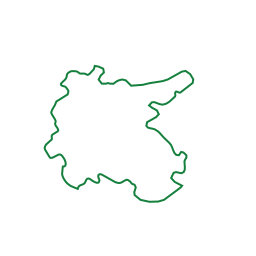 outline of Vukovarsko-Srijemska, rotated 325°
{"feature_id": "HRV-1605", "entity_name": "Vukovarsko-Srijemska", "entity_type": "County", "adm_level": 1, "iso_a3": "HRV", "parent_name": "Croatia", "parent_adm1": "", "projection": "orthographic", "projection_center": [18.849, 45.171], "detail": "fine", "context": "isolated", "style": "outline", "palette": "green", "viewbox_px": 256, "rotation_deg": 325, "n_neighbors": 0, "source": "natural_earth", "source_scale": "10m", "svg_char_len": 2649}
<svg xmlns="http://www.w3.org/2000/svg" viewBox="0 0 256 256"><g transform="rotate(325 128 128)"><path d="M72.6,155.8L71.1,155.1L69.9,153.4L68.8,151.3L67.6,148.0L66.8,146.8L65.5,146.2L64.3,146.4L61.7,147.9L60.5,148.4L59.0,148.3L56.1,147.6L54.7,147.5L52.0,148.6L52.0,149.1L51.9,149.1L47.8,142.6L46.5,138.7L46.2,136.1L46.2,134.0L46.4,131.9L46.7,130.3L47.2,128.8L48.0,127.4L52.5,122.2L53.8,122.9L54.5,123.0L55.5,122.6L56.4,121.7L57.3,119.9L57.7,118.5L58.0,116.9L58.1,113.7L57.9,112.2L57.4,111.1L56.6,110.3L55.5,109.9L49.4,109.1L48.5,108.7L47.6,108.2L47.2,107.8L47.1,107.4L47.1,106.4L47.6,99.0L47.7,98.0L48.1,96.8L49.3,95.6L51.3,94.6L59.0,93.6L59.9,92.5L60.4,91.5L61.1,90.6L62.1,90.1L68.5,90.4L69.3,90.1L69.8,89.4L70.1,87.8L70.2,86.5L70.1,85.3L70.2,84.3L70.4,83.4L70.7,82.8L71.1,82.3L72.4,81.3L72.8,80.5L73.1,79.3L73.5,73.2L73.7,72.3L73.9,71.4L75.1,70.4L76.9,69.3L81.1,67.4L84.6,65.2L97.7,65.9L99.3,64.7L100.4,63.5L100.6,62.0L100.6,60.5L100.4,58.6L100.2,58.0L99.8,57.5L98.4,55.8L98.0,55.1L97.9,54.5L98.0,53.9L98.4,53.4L99.4,53.0L104.5,52.2L106.1,51.5L107.2,50.8L108.2,49.6L108.9,49.1L109.9,48.7L111.0,48.5L113.2,48.7L114.8,49.3L117.2,51.1L118.3,52.2L118.9,53.0L119.1,53.6L119.4,54.8L119.7,55.4L120.1,56.0L120.7,56.5L122.7,57.8L123.3,58.3L124.2,59.3L124.5,59.9L124.8,60.4L125.0,61.0L125.9,61.5L127.5,61.6L133.7,60.3L136.4,58.1L139.0,60.7L141.7,65.2L140.1,68.7L135.6,69.4L131.7,71.6L132.0,76.7L135.3,79.0L137.4,79.7L138.6,81.3L141.5,83.4L145.6,83.3L148.2,83.8L151.0,84.9L153.4,87.5L153.9,89.8L154.9,95.2L164.7,101.0L171.7,103.8L183.1,109.4L188.5,111.1L204.4,112.7L207.9,114.3L209.8,119.5L209.4,125.5L207.4,127.6L206.8,128.2L191.2,129.0L190.3,128.4L188.8,126.1L188.0,125.7L186.7,126.3L186.0,127.4L185.5,128.5L184.6,129.2L177.0,130.2L173.2,130.0L169.7,128.7L167.7,126.7L164.3,121.8L162.2,120.7L158.2,121.6L159.4,125.4L161.8,130.2L161.1,134.4L157.2,135.2L147.0,134.2L144.3,136.7L144.5,139.0L146.0,140.9L147.8,142.7L149.1,144.4L150.5,147.6L151.1,150.1L151.8,156.2L153.3,163.8L153.5,166.5L153.1,168.9L152.3,172.0L151.7,175.1L152.1,177.7L154.1,179.5L157.8,178.1L159.4,179.9L160.2,183.8L158.9,185.7L156.8,186.6L155.1,187.7L152.2,192.5L150.6,194.7L148.4,196.0L145.8,195.7L142.1,191.7L139.6,190.9L134.7,193.7L135.3,198.9L139.2,206.3L137.2,206.9L131.8,207.1L116.3,207.5L110.6,205.6L107.6,203.6L103.2,200.7L97.0,194.0L95.0,186.7L96.3,184.2L100.3,181.1L100.8,178.6L100.5,177.7L99.6,176.5L99.2,175.7L99.1,175.0L99.1,173.6L99.0,173.1L98.5,171.5L98.0,170.4L97.3,169.7L96.0,169.3L90.9,168.8L88.8,167.8L86.6,165.2L79.9,151.3L79.0,150.1L77.9,149.5L76.7,149.6L75.8,150.6L75.2,152.1L74.9,153.6L74.3,154.9L72.6,155.8Z" fill="none" stroke="#15803d" stroke-width="2"/></g></svg>